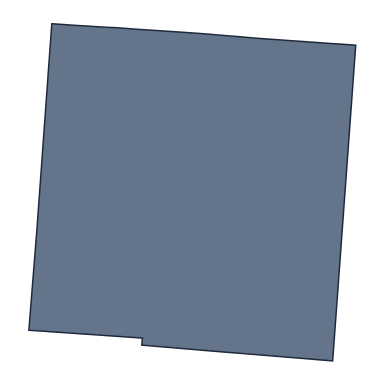 Linn, Kansas, United States of America (orthographic projection), rotated 274°
{"feature_id": "52423323B61475795206646", "entity_name": "Linn", "entity_type": "district", "adm_level": 2, "iso_a3": "USA", "parent_name": "United States of America", "parent_adm1": "Kansas", "projection": "orthographic", "projection_center": [-94.717, 38.214], "detail": "fine", "context": "isolated", "style": "filled", "palette": "slate", "viewbox_px": 384, "rotation_deg": 274, "n_neighbors": 0, "source": "geoboundaries", "source_scale": "gbopen_adm2", "svg_char_len": 551}
<svg xmlns="http://www.w3.org/2000/svg" viewBox="0 0 384 384"><g transform="rotate(274 192 192)"><path d="M42.7,38.9L42.8,152.7L35.7,152.6L34.6,231.0L34.5,243.2L33.3,344.1L349.9,345.1L349.9,325.2L349.8,320.1L349.8,318.9L349.9,247.4L350.0,238.0L350.2,231.7L350.4,212.1L350.5,203.3L350.6,200.5L350.7,188.6L350.7,187.2L350.7,180.5L350.7,171.2L350.6,142.9L350.5,126.0L350.5,124.7L350.6,115.1L350.6,104.4L350.5,99.8L350.4,96.1L350.3,86.2L350.1,61.4L350.1,56.9L350.1,40.4L143.0,39.9L42.7,38.9Z" fill="#64748b" stroke="#1e293b" stroke-width="1.5"/></g></svg>